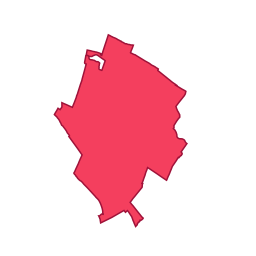 the district of Costisa, Neamt, Romania, rotated 156°
{"feature_id": "2599482B85678098789231", "entity_name": "Costisa", "entity_type": "district", "adm_level": 2, "iso_a3": "ROU", "parent_name": "Romania", "parent_adm1": "Neamt", "projection": "orthographic", "projection_center": [26.644, 46.753], "detail": "fine", "context": "isolated", "style": "filled", "palette": "rose", "viewbox_px": 256, "rotation_deg": 156, "n_neighbors": 0, "source": "geoboundaries", "source_scale": "gbopen_adm2", "svg_char_len": 5409}
<svg xmlns="http://www.w3.org/2000/svg" viewBox="0 0 256 256"><g transform="rotate(156 128 128)"><path d="M141.2,204.8L140.7,203.8L140.2,203.4L144.8,197.7L149.8,191.6L150.9,190.1L153.6,187.3L159.2,181.0L160.2,179.8L162.0,178.1L162.7,177.1L164.7,175.1L165.8,174.0L166.9,172.9L169.1,170.8L170.4,169.5L172.5,171.8L174.6,174.2L176.3,176.0L178.1,178.0L178.7,176.6L179.3,175.2L179.9,174.0L180.9,173.4L182.6,172.4L183.0,173.1L183.9,174.5L186.3,172.7L187.8,171.7L189.8,170.2L189.2,168.7L188.4,166.8L188.4,166.2L187.9,164.6L187.7,163.6L187.6,162.5L187.6,161.2L187.5,160.4L187.4,159.5L187.5,158.0L187.4,157.4L186.8,156.5L186.6,155.5L186.0,153.1L185.5,150.5L185.4,148.2L184.7,145.7L184.7,144.6L185.5,144.3L185.0,142.0L182.5,130.3L180.9,122.1L182.4,120.7L184.1,119.2L186.6,116.9L188.1,115.4L189.1,114.6L190.9,113.0L192.2,111.9L193.6,110.6L194.7,109.6L195.5,109.1L195.8,108.8L195.8,108.2L195.7,107.7L195.1,106.0L195.1,105.0L194.6,103.8L194.5,102.7L194.2,101.8L193.8,100.7L193.5,100.1L193.2,99.5L192.3,98.2L191.7,96.5L191.2,94.6L189.6,90.4L185.6,78.5L185.5,77.9L184.6,75.6L184.4,75.0L184.1,73.9L184.0,73.0L184.0,72.4L183.9,71.6L183.9,70.6L183.9,69.5L184.0,68.1L184.2,65.8L184.4,64.6L184.7,63.2L184.9,62.4L185.2,61.6L185.4,61.2L185.6,60.6L185.6,60.0L185.6,59.5L185.7,59.3L185.8,59.2L186.0,59.3L186.4,59.6L186.8,60.0L187.0,60.1L187.3,60.1L188.8,59.6L189.7,59.3L190.0,59.3L190.5,59.6L190.5,59.4L190.5,59.0L190.5,57.7L190.6,56.4L190.6,55.8L190.7,55.5L191.1,54.4L191.1,54.2L191.6,52.4L186.4,52.6L179.2,52.9L171.5,53.7L165.2,54.3L164.9,53.2L164.6,52.0L162.1,52.8L161.8,51.8L161.6,51.0L161.4,49.7L161.2,48.4L161.0,47.2L160.8,46.3L160.7,44.8L160.8,43.8L160.9,42.6L161.0,41.6L161.0,39.3L161.1,38.6L161.1,34.9L160.4,35.2L159.9,35.5L159.4,35.6L159.0,35.8L158.5,36.4L158.4,36.8L158.1,36.9L157.8,37.0L157.5,37.1L157.3,37.3L156.9,37.6L156.5,37.7L155.9,37.6L155.7,37.7L155.5,38.0L155.1,38.1L155.0,38.3L154.8,38.4L154.7,38.4L154.6,38.7L154.3,38.5L154.2,38.5L153.9,38.5L153.6,38.6L153.3,38.5L153.2,38.6L152.9,38.5L152.7,38.6L152.0,38.8L151.7,38.9L151.4,39.0L151.1,39.2L150.8,39.5L151.5,41.1L153.3,48.0L154.1,51.1L155.0,54.7L155.8,57.2L156.3,59.2L154.1,60.4L152.3,61.5L149.0,63.1L146.7,64.3L139.8,67.8L139.5,67.9L139.3,68.1L139.1,68.3L138.9,68.7L138.7,69.0L138.5,69.4L138.4,69.7L138.1,70.2L137.9,70.5L137.4,71.1L137.2,71.2L137.1,71.3L137.3,71.5L137.5,71.5L137.8,71.7L137.2,72.2L136.5,72.9L135.3,74.1L134.8,74.7L133.3,76.3L132.9,76.7L132.6,77.0L131.8,77.8L130.5,79.4L129.4,80.6L128.9,81.1L128.4,81.5L126.2,83.9L125.7,83.2L123.9,80.4L119.7,73.7L118.2,71.2L115.6,67.0L114.7,65.6L114.1,64.6L113.7,64.8L112.3,66.2L110.8,67.6L109.7,68.5L108.3,69.8L107.5,70.6L106.8,71.3L105.3,72.7L104.7,73.3L103.3,74.7L102.8,75.1L99.5,77.1L98.9,77.5L98.0,78.0L96.1,79.3L94.9,80.1L93.9,80.7L93.6,80.2L92.5,80.7L91.4,81.2L91.2,81.3L90.5,81.2L90.0,81.6L89.2,82.2L89.0,82.3L88.9,83.8L89.2,84.5L88.3,85.1L80.5,89.8L81.0,90.7L81.3,92.0L81.3,93.7L81.8,94.8L83.0,96.1L85.4,97.3L86.2,98.1L86.7,99.2L86.8,100.3L86.1,102.0L85.8,104.5L86.0,107.0L86.8,109.0L85.8,109.6L85.1,111.5L80.9,114.4L77.6,116.3L76.8,116.5L76.1,117.0L76.0,118.1L75.4,118.7L75.5,120.7L75.6,122.7L75.8,123.4L75.7,124.6L75.7,125.5L75.7,126.3L75.5,127.0L75.5,128.2L71.4,130.5L67.1,132.7L64.6,134.0L63.4,134.6L62.5,135.3L61.7,135.9L61.3,136.5L60.7,137.3L60.2,137.9L60.2,138.0L61.1,139.3L63.0,141.8L64.8,144.4L66.0,146.1L66.7,147.2L66.8,147.3L66.2,147.3L68.9,151.8L77.2,168.0L77.4,168.5L77.2,168.8L76.9,169.0L76.6,169.2L76.3,169.6L76.6,170.1L77.2,171.0L77.6,171.4L78.0,172.2L78.4,172.9L79.0,173.6L79.2,174.0L79.9,174.8L80.3,175.2L80.7,175.8L81.1,176.3L81.2,176.6L81.3,176.8L82.2,178.4L83.6,180.3L85.2,182.4L87.3,185.5L90.0,189.4L91.2,191.2L91.7,192.0L92.6,192.7L93.5,193.8L94.7,195.3L95.1,195.6L95.1,195.8L93.5,197.4L91.7,199.1L89.4,201.5L90.5,202.2L91.5,202.6L92.0,203.0L92.6,203.6L93.4,204.0L94.0,204.4L94.6,205.0L95.2,205.6L95.6,205.8L96.1,206.0L96.3,206.1L96.5,206.4L96.6,206.7L97.0,207.2L97.3,207.6L97.7,208.1L97.8,208.3L97.9,208.5L98.2,208.7L98.4,209.0L98.7,209.3L99.1,209.8L99.1,210.2L99.3,210.2L99.6,210.7L99.8,210.9L100.0,211.2L100.3,211.6L100.4,211.8L100.9,212.4L101.4,212.9L101.5,213.0L102.0,214.0L102.7,214.8L103.0,215.2L103.9,216.1L104.3,216.5L104.8,217.0L105.2,217.6L105.9,218.3L106.1,218.6L106.5,219.2L107.2,220.1L107.7,220.6L108.1,221.1L108.7,220.4L111.4,217.4L113.3,215.3L114.6,213.9L119.2,208.8L122.5,205.0L123.2,205.9L123.2,206.5L122.6,207.0L123.6,208.1L125.4,209.7L126.1,210.3L126.5,210.5L126.8,210.7L127.6,211.4L129.1,212.4L130.4,213.5L131.9,214.6L133.6,215.8L135.5,213.1L136.2,212.0L136.6,211.5L135.8,211.1L135.3,210.7L134.4,209.3L132.7,208.3L131.7,208.0L130.3,208.2L128.3,208.1L127.3,207.9L126.2,206.8L125.1,205.0L123.5,202.2L122.0,199.8L121.5,198.7L122.2,198.0L123.3,196.8L124.8,195.2L127.8,192.0L128.3,191.4L128.5,191.3L129.1,191.8L129.6,192.4L130.1,192.9L130.4,193.4L130.5,193.8L130.3,194.3L129.8,195.0L129.7,195.6L129.5,196.1L129.2,196.3L128.9,196.8L128.6,197.2L128.4,197.6L128.2,198.0L127.8,198.3L127.9,198.5L127.5,199.0L127.9,199.8L128.1,200.3L128.5,200.8L128.9,201.0L129.4,201.2L129.9,201.6L130.2,201.8L130.7,202.6L131.1,203.3L131.4,203.6L131.9,203.9L132.4,204.3L132.9,204.7L133.2,205.0L133.6,205.1L134.1,205.4L134.6,205.8L135.1,206.3L135.3,207.0L135.3,207.4L135.0,208.2L134.9,208.8L134.8,209.4L134.9,209.8L134.9,210.0L135.2,210.4L135.3,210.6L136.3,211.3L137.0,211.4L138.4,209.3L140.9,205.7L141.0,205.5L141.2,204.8Z" fill="#f43f5e" stroke="#9f1239" stroke-width="1.5"/></g></svg>